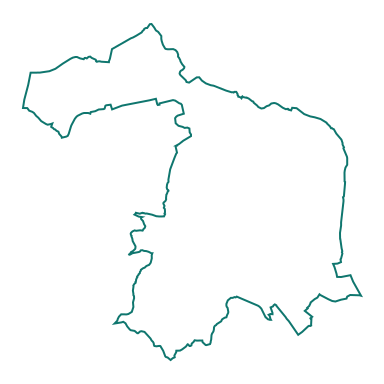 the district of Caransebes, Caras-Severin, Romania
{"feature_id": "2599482B93861617643410", "entity_name": "Caransebes", "entity_type": "district", "adm_level": 2, "iso_a3": "ROU", "parent_name": "Romania", "parent_adm1": "Caras-Severin", "projection": "albers", "projection_center": [22.203, 45.422], "detail": "fine", "context": "isolated", "style": "outline", "palette": "teal", "viewbox_px": 384, "rotation_deg": 0, "n_neighbors": 0, "source": "geoboundaries", "source_scale": "gbopen_adm2", "svg_char_len": 5966}
<svg xmlns="http://www.w3.org/2000/svg" viewBox="0 0 384 384"><path d="M347.2,164.8L347.2,158.0L346.9,156.6L343.6,148.8L343.4,148.2L344.0,147.4L342.7,144.9L342.5,144.0L342.6,143.1L341.4,139.6L336.3,133.6L333.8,129.2L332.3,128.6L331.9,128.1L331.0,128.2L330.0,126.4L326.7,123.2L326.6,122.7L320.5,119.0L314.7,117.3L310.2,116.4L304.2,114.1L296.6,108.2L292.2,107.8L291.1,110.4L288.4,109.7L287.9,109.3L288.1,108.9L287.9,108.8L285.8,109.2L282.7,107.7L278.1,104.4L275.8,103.3L274.1,103.0L271.3,103.5L269.1,105.4L266.6,106.2L263.9,108.1L261.3,108.5L258.3,107.0L257.2,105.6L253.7,102.7L253.3,101.6L252.1,101.2L248.8,98.6L246.7,97.6L246.5,97.8L242.8,97.0L242.4,96.4L242.0,96.7L242.0,97.4L241.5,98.3L240.7,97.4L238.2,96.6L238.2,95.7L237.5,95.0L237.6,94.1L236.3,91.9L234.4,91.9L233.7,92.5L233.2,92.2L231.7,92.3L226.1,90.6L213.6,85.7L210.7,85.2L205.9,83.4L201.9,80.6L199.2,77.3L196.7,77.4L189.1,82.6L186.5,82.0L185.8,80.3L180.4,75.1L179.7,73.9L179.6,73.4L180.1,71.7L180.8,70.8L182.6,69.8L184.1,68.2L184.4,66.9L182.2,64.3L180.5,61.4L180.2,60.1L178.9,57.6L178.2,56.9L178.0,56.1L178.2,54.8L177.2,52.0L175.5,50.1L173.2,49.1L168.0,49.3L165.9,49.0L165.1,48.5L162.9,44.7L161.7,41.0L161.3,38.9L161.3,36.0L158.2,31.9L155.9,30.4L154.2,27.5L151.5,24.0L149.8,24.2L147.2,28.0L145.9,28.0L144.3,28.8L143.9,29.8L142.4,31.2L141.7,32.4L136.3,35.7L133.0,37.5L130.9,38.3L112.0,49.1L109.9,58.8L109.0,61.1L108.9,62.2L101.2,61.7L99.8,61.3L97.9,61.4L96.9,61.8L96.1,61.3L96.1,60.5L95.7,59.7L91.7,57.9L90.2,56.6L88.5,56.9L86.8,58.4L85.5,57.9L84.6,58.0L83.7,59.2L80.1,58.4L77.0,57.0L75.4,57.0L72.9,57.6L70.5,58.8L62.8,63.6L55.4,68.8L49.4,71.2L39.9,72.6L30.6,72.7L28.2,84.9L24.3,99.7L23.0,108.0L27.3,108.1L29.2,110.7L32.2,111.8L33.9,112.9L36.2,115.9L38.3,117.7L41.2,121.1L46.1,124.1L47.7,124.7L51.0,124.0L52.3,123.5L51.2,126.7L51.3,127.1L52.9,127.9L54.1,129.2L55.2,129.5L56.5,130.8L58.4,131.7L59.2,133.9L61.6,136.6L61.8,137.7L66.3,136.6L67.7,135.9L68.7,133.9L71.1,126.0L71.7,124.7L74.9,118.7L76.6,116.6L77.8,115.7L82.2,113.5L84.0,113.0L88.2,113.0L90.3,113.7L90.7,112.1L91.1,112.0L95.2,111.2L98.7,109.5L103.7,109.1L104.6,108.6L105.4,105.8L106.2,105.3L110.6,104.7L112.1,109.4L122.1,105.6L149.5,100.3L155.9,98.8L157.2,104.1L157.8,105.0L159.5,104.7L159.5,103.4L173.0,100.1L175.2,100.6L179.3,103.3L180.8,103.7L181.8,104.8L183.8,113.7L177.7,115.6L176.2,116.7L175.1,118.2L175.7,123.3L178.5,125.8L182.7,126.9L184.6,127.9L187.4,127.6L189.4,128.5L189.7,132.4L191.0,134.5L191.0,136.1L183.3,140.7L179.1,144.0L176.8,145.3L177.9,145.3L175.5,146.1L177.0,152.7L176.2,153.7L174.5,157.8L170.2,169.3L168.4,179.6L168.5,181.9L167.6,183.0L167.0,184.8L166.7,187.7L167.3,189.5L168.2,190.1L168.5,190.8L167.7,191.6L166.9,193.9L166.4,194.5L166.0,198.3L166.2,199.1L165.9,200.0L165.4,201.0L163.8,202.4L163.4,203.0L163.4,203.7L164.5,205.9L163.8,207.8L164.7,208.8L164.9,209.8L165.0,212.3L164.5,213.5L165.1,214.1L164.0,216.4L159.5,216.5L156.3,216.2L152.1,214.7L146.7,213.5L145.3,213.6L143.7,213.0L143.1,213.2L142.4,212.8L139.7,213.7L135.9,212.8L135.7,213.5L134.5,214.6L138.7,216.6L142.0,217.1L140.9,217.6L141.2,219.1L143.0,221.0L144.1,224.2L145.3,226.2L144.8,227.8L143.4,229.2L142.6,230.6L140.2,230.3L136.1,230.8L134.6,230.4L132.5,231.4L131.1,232.7L130.7,233.6L130.9,234.9L131.6,235.8L131.4,236.3L132.3,238.6L132.7,241.1L135.5,246.3L135.5,247.0L135.3,248.6L135.1,249.0L132.9,251.1L131.0,252.1L130.2,253.5L129.1,254.4L129.3,254.7L130.0,254.6L132.5,253.2L138.9,252.0L140.0,251.5L140.7,250.4L142.3,250.2L144.0,250.9L146.3,251.1L148.6,251.8L151.7,253.4L152.3,253.3L151.7,255.3L151.8,258.3L150.7,262.7L149.2,264.8L146.4,266.0L144.6,267.7L143.3,268.1L140.9,269.8L140.8,270.7L139.9,272.0L139.8,273.2L138.6,274.3L138.6,274.7L137.1,276.6L137.3,277.3L136.7,278.1L136.1,279.7L136.0,281.1L135.4,282.0L135.7,282.6L135.5,283.0L134.5,283.7L133.3,285.6L133.5,286.5L132.9,290.6L133.4,293.8L133.4,295.2L134.0,296.1L134.1,298.2L133.0,302.4L133.4,307.0L131.8,311.9L128.4,314.0L126.6,314.4L121.2,314.3L119.0,316.6L117.8,318.9L117.3,320.7L114.6,323.5L121.4,322.4L123.3,321.8L125.5,323.3L127.2,326.4L129.7,329.4L130.7,330.2L134.6,330.9L137.3,333.2L138.1,333.2L140.1,331.5L141.4,331.2L144.5,331.9L150.5,338.5L151.6,340.5L153.0,341.9L153.7,343.2L153.9,344.9L154.4,346.0L156.5,346.3L159.3,345.9L160.4,346.1L163.2,350.8L165.3,356.4L166.1,357.1L167.5,357.4L170.6,360.0L172.7,358.2L174.7,357.3L174.4,355.5L176.2,352.2L176.3,350.7L180.0,350.6L182.0,349.5L185.9,346.6L187.6,344.3L188.2,344.5L189.5,346.0L190.3,346.0L191.4,345.4L191.7,343.6L193.6,341.9L194.6,340.3L196.8,340.6L202.3,340.5L202.6,342.2L205.6,345.0L206.4,345.1L210.0,344.1L210.6,342.6L210.7,341.5L211.2,339.5L211.5,335.2L212.0,333.7L213.4,331.5L213.9,329.5L214.0,327.5L214.4,326.5L214.9,325.8L216.1,325.1L216.8,324.1L221.2,321.3L222.0,319.5L222.6,319.0L224.7,317.7L226.4,317.3L227.0,315.3L228.2,312.8L228.3,311.9L227.6,307.9L226.7,306.7L226.4,305.6L226.4,303.9L227.8,300.4L230.8,297.9L232.6,297.9L234.5,297.1L235.7,297.4L236.7,296.6L258.0,305.7L259.5,306.7L261.3,308.6L265.6,317.3L265.9,317.3L267.8,319.2L269.8,319.8L270.9,319.8L270.5,319.1L269.6,315.7L268.7,314.8L270.3,314.0L272.5,314.2L272.5,312.9L270.6,307.4L273.0,306.4L273.6,305.3L274.8,304.4L276.3,305.3L276.4,305.8L285.7,317.2L286.6,318.7L288.8,321.1L298.2,334.8L302.2,331.9L308.3,326.2L309.1,325.8L310.2,326.0L311.2,325.5L311.1,324.6L311.4,318.9L310.8,319.0L310.4,318.3L312.2,316.8L304.8,310.9L307.7,308.4L307.2,307.8L309.2,306.0L310.5,303.2L310.6,302.5L314.7,299.1L317.4,297.6L319.5,294.3L320.3,295.0L328.3,299.2L332.2,301.0L335.4,301.5L341.0,299.7L346.5,298.6L347.2,296.6L350.2,295.0L359.5,295.3L361.0,295.7L353.1,281.6L350.5,275.2L341.2,277.0L337.1,276.9L336.5,273.7L334.5,267.1L333.1,263.9L337.5,263.6L341.0,262.1L340.5,259.3L341.0,258.8L342.4,253.5L341.9,252.2L342.3,251.2L341.6,248.3L340.3,239.0L340.1,238.9L340.0,232.9L341.1,225.5L341.1,222.3L343.5,201.3L343.5,199.5L343.0,197.2L343.7,196.7L343.9,196.3L345.0,183.7L345.1,181.9L344.6,181.5L344.5,172.6L344.8,170.3L345.5,167.5L347.2,164.8Z" fill="none" stroke="#0f766e" stroke-width="2"/></svg>